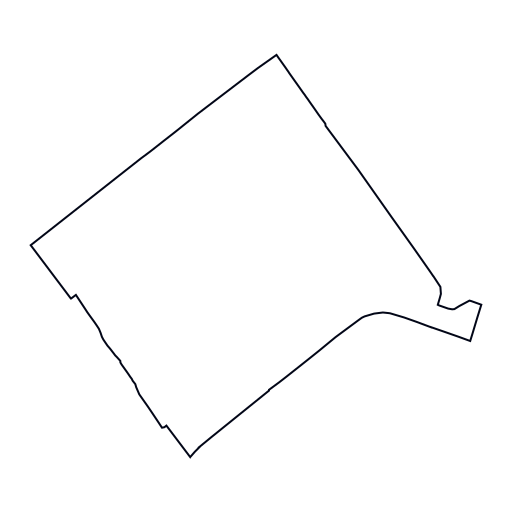 6 October-1, Al Jizah, Egypt (Natural Earth projection)
{"feature_id": "37247803B48784531357995", "entity_name": "6 October-1", "entity_type": "district", "adm_level": 2, "iso_a3": "EGY", "parent_name": "Egypt", "parent_adm1": "Al Jizah", "projection": "natural_earth1", "projection_center": [30.968, 29.986], "detail": "fine", "context": "isolated", "style": "outline", "palette": "ink", "viewbox_px": 512, "rotation_deg": 0, "n_neighbors": 0, "source": "geoboundaries", "source_scale": "gbopen_adm2", "svg_char_len": 1706}
<svg xmlns="http://www.w3.org/2000/svg" viewBox="0 0 512 512"><path d="M325.6,125.9L325.3,123.7L323.4,121.1L321.6,118.8L318.4,114.4L318.2,114.1L318.0,113.8L313.9,107.9L312.5,105.9L312.4,105.7L312.2,105.5L309.4,101.5L307.6,98.9L306.1,96.9L304.7,94.8L303.1,92.7L298.4,86.0L294.9,81.1L289.1,72.9L288.8,72.4L288.5,71.9L287.0,69.8L286.2,68.6L282.3,63.1L278.3,57.5L276.5,54.9L258.1,67.9L248.0,75.5L197.9,113.7L177.0,130.5L163.7,140.9L150.1,151.6L141.2,158.2L117.3,177.0L98.4,191.9L30.7,245.2L70.9,298.6L71.0,298.6L75.9,294.9L85.2,309.0L87.2,312.1L89.4,315.2L91.8,318.5L94.2,321.8L96.2,324.7L97.2,326.2L98.9,328.8L100.6,332.9L101.9,336.8L103.3,339.5L104.5,341.3L106.2,343.8L107.5,345.7L109.5,348.0L110.8,349.6L112.4,351.7L113.8,353.5L115.2,355.4L116.9,357.1L118.7,359.1L120.3,360.9L120.4,362.5L121.5,364.4L124.5,368.6L127.0,372.1L128.8,374.7L130.2,376.8L131.8,378.9L132.0,379.4L132.7,380.8L135.3,384.1L136.2,387.2L139.3,394.4L147.9,406.6L152.7,413.7L155.1,417.3L157.7,421.2L162.0,427.7L164.4,427.2L166.4,425.6L190.2,457.1L190.4,456.8L190.8,456.4L194.8,451.8L199.4,447.2L199.2,447.1L211.4,437.1L221.8,428.7L238.4,415.3L269.0,390.6L269.0,390.2L269.0,389.8L279.2,382.3L286.4,376.7L307.6,359.9L319.1,350.7L335.6,337.1L358.3,320.3L360.5,318.7L361.9,317.7L364.6,316.4L374.1,313.6L382.9,312.5L388.7,313.1L390.1,313.3L404.2,317.5L416.4,321.8L431.1,327.3L431.1,327.2L444.4,331.8L458.4,336.7L470.2,341.0L472.4,333.9L477.3,317.6L481.3,304.7L471.3,301.1L469.5,300.6L459.4,306.0L454.4,309.1L452.2,309.3L448.2,308.6L439.3,305.5L437.8,304.8L439.8,298.0L440.9,293.9L440.4,286.9L433.3,276.1L433.1,276.0L433.0,275.8L430.2,271.7L413.9,248.4L391.3,216.7L358.4,170.0L325.6,125.9Z" fill="none" stroke="#020617" stroke-width="2"/></svg>